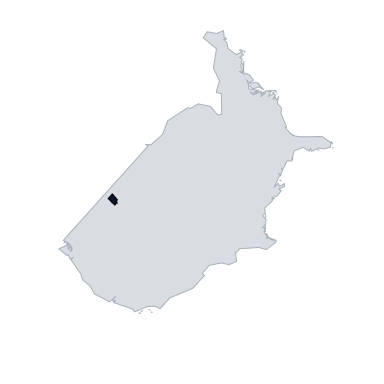 Blaine, Montana, United States of America (highlighted), rotated 312°
{"feature_id": "52423323B87448243037078", "entity_name": "Blaine", "entity_type": "district", "adm_level": 2, "iso_a3": "USA", "parent_name": "United States of America", "parent_adm1": "Montana", "projection": "albers", "projection_center": [-109.013, 48.36], "detail": "fine", "context": "in_parent", "style": "filled", "palette": "ink", "viewbox_px": 384, "rotation_deg": 312, "n_neighbors": 0, "source": "geoboundaries", "source_scale": "gbopen_adm2", "svg_char_len": 4464}
<svg xmlns="http://www.w3.org/2000/svg" viewBox="0 0 384 384"><g transform="rotate(312 192 192)"><path d="M298.6,124.8L314.7,114.5L314.1,97.2L321.3,96.1L326.2,104.2L333.0,107.5L327.8,113.2L328.3,115.0L326.2,113.6L326.5,117.8L322.7,122.9L323.7,133.0L328.5,135.0L330.2,133.5L328.9,132.2L329.9,132.6L331.0,134.3L325.9,138.5L323.9,137.2L324.6,140.1L318.3,144.1L314.9,150.0L314.5,147.8L313.5,146.8L314.3,152.0L316.1,152.2L317.4,156.2L316.3,162.9L311.2,161.5L312.0,157.4L310.4,160.7L313.0,163.7L315.5,165.0L316.8,167.1L315.9,177.2L315.0,171.5L309.4,168.3L309.4,162.2L306.6,165.3L311.2,172.3L306.8,171.5L305.7,172.3L305.7,169.4L305.4,168.8L305.0,171.1L305.6,172.7L312.1,173.3L311.5,175.2L308.1,173.6L307.0,173.5L311.3,175.4L312.8,175.4L312.9,177.7L310.7,176.9L314.4,178.7L314.0,179.3L312.1,178.4L308.6,179.2L313.8,180.1L316.3,178.9L321.9,184.6L317.3,180.3L319.5,183.5L314.4,184.9L319.4,186.7L320.6,185.0L319.9,189.1L314.7,190.1L318.3,190.4L316.5,193.1L319.9,192.9L315.0,196.0L314.3,202.2L309.8,205.7L303.7,218.7L302.0,218.2L301.4,228.0L301.9,230.2L305.9,236.0L320.4,251.9L321.5,262.7L317.8,264.8L312.0,261.0L309.7,256.8L302.3,253.7L303.4,250.8L300.8,251.8L299.6,244.8L291.0,240.4L281.7,245.2L278.7,241.9L269.0,244.5L269.8,242.6L268.5,244.6L264.3,246.6L263.4,243.6L263.3,245.9L250.1,250.0L256.1,250.1L254.9,253.4L260.0,255.0L258.1,257.0L252.3,254.6L252.7,257.5L245.7,257.9L241.1,255.2L239.3,257.6L228.9,256.8L223.9,261.9L225.1,260.5L221.8,260.1L221.2,265.3L215.6,269.5L216.9,268.3L212.8,268.5L214.5,269.9L210.1,272.7L209.1,278.4L206.8,277.9L208.9,279.1L210.0,284.0L212.4,286.7L211.1,287.9L199.0,285.8L195.5,278.8L181.8,265.5L175.6,265.3L170.3,271.5L162.7,268.2L159.1,261.5L149.2,253.9L138.3,254.1L138.3,257.1L120.8,257.0L98.6,246.4L83.9,246.3L82.4,240.9L76.8,235.3L64.7,229.7L65.2,226.0L57.4,207.8L58.1,206.1L59.8,208.7L59.0,204.8L63.5,205.2L55.2,204.3L51.0,187.4L54.0,179.4L53.5,169.7L56.7,164.0L60.9,146.8L64.5,148.0L60.6,146.3L62.6,141.8L61.2,141.6L60.6,131.2L69.1,134.6L66.5,139.5L70.0,136.3L69.0,140.6L66.7,141.3L68.2,141.8L70.2,140.3L71.4,135.9L70.1,128.7L196.9,128.6L196.5,126.0L199.7,129.9L214.9,131.6L228.7,126.3L251.6,132.3L253.4,135.1L261.7,137.6L267.9,148.7L266.4,159.8L269.7,162.1L284.8,147.9L282.3,143.8L283.6,142.5L292.9,138.1L298.6,124.8ZM321.2,145.0L323.9,143.0L315.0,150.8L321.8,143.4L321.2,145.0ZM70.1,133.0L70.8,136.0L70.7,136.4L69.4,134.0L70.1,133.0ZM212.0,285.9L209.8,281.7L209.6,279.2L210.2,281.8L212.0,285.9ZM328.7,113.2L329.3,114.5L328.7,114.4L328.7,113.2ZM241.5,256.5L242.0,257.4L240.8,256.9L241.5,256.5ZM69.0,234.6L70.5,234.2L70.6,234.4L69.0,234.6ZM67.5,234.0L66.8,234.6L66.4,233.9L67.5,234.0ZM328.6,137.3L328.3,138.6L327.9,138.5L328.6,137.3ZM210.1,276.8L209.5,278.9L211.0,274.8L210.1,276.8ZM315.8,246.6L318.7,249.7L315.4,246.3L315.8,246.6ZM76.0,238.9L76.5,240.1L75.9,239.0L76.0,238.9ZM322.4,263.0L321.6,264.6L322.7,261.4L322.4,263.0ZM323.3,186.7L322.8,188.7L322.2,184.8L323.3,186.7ZM69.3,130.6L69.2,131.4L68.7,130.9L69.3,130.6ZM214.6,270.7L212.6,271.9L214.7,270.4L214.6,270.7ZM331.5,136.2L331.9,137.2L331.0,137.4L331.5,136.2ZM75.6,242.0L76.0,243.3L75.4,242.1L75.6,242.0ZM212.2,272.8L211.4,273.4L212.0,272.5L212.2,272.8ZM317.0,168.8L316.7,171.4L316.9,168.0L317.0,168.8ZM223.4,262.9L222.1,263.9L223.9,262.2L223.4,262.9ZM302.1,228.9L302.4,230.6L301.8,229.5L302.1,228.9ZM320.4,193.0L320.1,193.5L320.9,191.8L320.4,193.0ZM285.1,243.8L283.7,245.1L283.0,245.1L285.1,243.8ZM263.6,246.5L263.4,246.8L262.4,247.0L263.6,246.5ZM307.9,257.6L308.5,258.6L307.5,257.5L307.9,257.6ZM259.9,249.9L260.0,251.0L259.4,249.1L259.9,249.9ZM319.5,267.0L318.6,267.5L319.8,266.7L319.5,267.0ZM317.5,157.0L317.4,158.3L317.4,156.6L317.5,157.0ZM322.0,189.4L321.7,190.0L322.0,189.4Z" fill="#d9dde1" stroke="#a8b0b8" stroke-width="1"/><path d="M133.9,143.2L133.9,142.3L134.0,141.9L135.0,141.9L135.2,141.7L135.3,141.4L135.5,141.5L136.1,141.5L136.1,139.8L136.2,138.2L136.2,138.3L136.4,138.3L136.5,138.4L136.5,137.4L136.6,136.1L136.9,136.1L136.9,134.9L137.0,134.9L137.0,134.3L136.2,134.3L135.2,134.3L134.0,134.3L133.4,134.3L132.3,134.3L131.2,134.3L131.2,134.9L131.1,137.4L131.1,137.7L131.3,137.7L131.3,138.2L131.1,138.2L131.1,138.6L131.0,139.3L130.8,139.3L130.8,139.8L130.9,140.4L130.9,142.3L130.9,143.2L131.0,143.2L131.1,143.3L131.4,143.3L131.8,143.1L132.0,143.1L132.1,142.9L132.3,142.8L132.5,142.8L132.8,142.9L133.1,142.8L133.3,142.8L133.5,142.8L133.7,143.0L133.8,143.1L133.7,143.2L133.7,143.3L133.8,143.2L133.9,143.2Z" fill="#0f172a" stroke="#020617" stroke-width="1.5"/></g></svg>